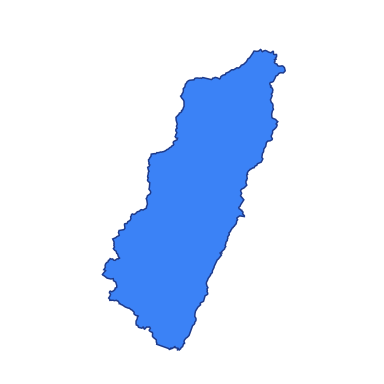 the district of Mueang Pan, Lampang, Thailand, rotated 16°
{"feature_id": "78962969B66536016204177", "entity_name": "Mueang Pan", "entity_type": "district", "adm_level": 2, "iso_a3": "THA", "parent_name": "Thailand", "parent_adm1": "Lampang", "projection": "albers", "projection_center": [99.445, 18.803], "detail": "fine", "context": "isolated", "style": "filled", "palette": "blue", "viewbox_px": 384, "rotation_deg": 16, "n_neighbors": 0, "source": "geoboundaries", "source_scale": "gbopen_adm2", "svg_char_len": 6058}
<svg xmlns="http://www.w3.org/2000/svg" viewBox="0 0 384 384"><g transform="rotate(16 192 192)"><path d="M253.7,109.3L254.9,107.1L255.3,105.9L255.4,104.1L254.1,103.4L255.1,100.7L253.6,100.1L252.4,99.2L248.9,98.8L248.1,98.0L247.1,95.1L246.9,92.0L247.5,90.0L246.4,88.5L246.1,86.7L245.5,85.4L244.8,84.6L243.7,84.2L242.0,81.8L242.5,77.3L241.3,76.0L242.0,74.0L241.6,72.7L241.7,71.7L240.5,70.0L238.7,69.6L238.5,69.3L239.0,68.3L237.4,67.4L236.8,66.1L237.2,65.1L238.7,64.3L239.7,63.3L240.5,59.3L240.6,57.5L242.1,56.1L242.7,54.2L244.3,52.9L246.9,52.4L248.1,50.2L248.1,49.6L246.6,47.0L244.9,46.0L243.8,45.9L241.6,46.9L240.2,47.1L239.4,46.8L238.5,45.7L236.4,45.4L235.5,44.8L235.4,44.0L235.8,43.2L234.8,42.0L236.2,41.1L235.3,40.1L236.0,38.7L235.6,37.0L235.3,36.5L233.1,37.2L232.6,37.1L232.2,36.7L231.6,34.7L231.2,34.4L230.8,34.6L229.5,36.4L227.0,36.4L225.3,35.9L223.5,35.7L222.3,36.4L221.1,37.7L220.5,37.6L219.4,36.4L218.6,36.1L217.2,38.2L215.4,39.0L213.2,39.3L212.6,39.6L212.4,41.1L210.4,47.2L209.1,48.5L208.4,51.7L206.4,55.1L204.4,56.6L204.0,58.1L202.7,60.0L200.9,60.2L198.4,63.0L196.4,63.6L194.2,66.6L191.8,68.4L191.7,69.9L189.5,71.2L188.3,72.6L187.9,73.4L187.8,75.2L187.4,75.7L184.7,75.3L182.7,75.4L181.5,76.5L180.6,76.8L180.2,78.1L179.6,78.6L170.8,79.0L169.7,80.2L168.9,80.1L167.8,80.6L165.4,81.0L164.0,81.6L163.4,82.1L163.0,83.6L159.0,85.2L157.9,86.0L156.8,87.6L156.5,89.4L155.9,90.1L156.2,93.0L155.1,95.2L155.7,96.6L156.0,98.6L155.4,100.5L155.4,101.7L154.6,103.0L156.5,104.7L158.1,105.7L159.3,107.0L160.8,112.0L160.5,112.9L160.4,115.5L159.5,116.6L159.9,117.5L159.3,118.6L158.1,119.7L158.0,120.9L156.0,124.6L157.0,127.4L159.2,130.9L158.9,133.0L160.1,134.8L159.3,135.9L159.3,136.7L159.7,137.8L161.0,138.9L161.1,139.3L160.9,140.6L160.6,141.2L160.8,142.0L160.5,143.4L161.6,144.3L162.4,144.5L163.3,144.3L163.3,145.8L160.4,148.6L160.3,149.7L161.3,151.3L161.1,152.2L160.1,153.0L159.7,154.2L158.3,155.6L157.4,157.3L156.4,157.9L155.6,159.1L154.0,160.7L151.5,162.1L150.5,162.3L150.0,162.8L148.3,163.7L147.4,163.8L146.6,165.2L145.2,165.5L142.4,166.8L142.7,169.1L141.9,171.1L141.9,172.1L141.3,173.0L142.0,174.9L142.8,175.8L142.7,176.9L144.0,177.6L143.7,179.4L142.6,180.5L144.0,182.9L145.0,184.0L144.6,185.0L145.0,187.1L145.0,189.1L145.4,190.1L146.1,190.4L145.9,192.8L146.9,193.9L148.8,194.7L149.8,199.5L149.8,201.1L151.8,202.6L152.4,203.7L152.4,205.1L150.2,207.9L150.2,209.9L149.8,211.0L150.8,212.2L152.5,216.0L152.3,218.9L152.6,220.0L149.9,222.8L148.3,222.9L147.4,223.5L146.9,224.8L144.8,226.1L144.3,227.3L142.9,229.3L141.8,229.6L140.8,229.5L140.1,230.3L140.2,231.8L139.8,232.7L140.6,234.3L140.3,236.4L138.5,238.2L138.2,240.2L136.3,240.9L136.0,241.3L136.1,242.1L137.5,245.2L137.3,246.1L136.8,247.0L132.5,249.1L132.5,251.3L134.0,253.5L134.0,253.9L131.9,255.8L131.4,256.8L128.7,259.0L131.0,261.7L131.1,263.0L131.6,263.5L131.5,264.7L132.7,266.3L132.0,268.1L133.7,269.3L135.3,269.8L136.6,271.8L137.5,272.0L139.1,274.5L140.4,275.2L140.6,275.7L139.8,276.1L139.5,276.7L138.5,276.8L137.6,277.9L137.0,278.9L135.4,279.1L134.2,278.2L133.3,278.7L131.7,278.6L131.4,280.0L130.5,280.8L130.6,282.2L129.4,283.4L128.7,285.2L128.8,286.9L129.5,288.3L128.6,291.0L129.6,291.0L130.7,291.5L129.8,293.1L128.6,296.0L129.3,296.5L130.8,296.8L134.1,298.2L138.0,298.0L140.2,297.0L141.0,298.9L143.5,299.6L145.5,302.7L145.9,304.5L144.6,305.6L144.8,307.0L143.8,308.6L142.4,310.0L140.7,309.8L140.3,310.5L140.4,311.7L141.2,312.0L142.0,313.1L141.8,314.8L141.1,316.9L142.6,317.9L142.9,318.8L146.0,317.8L147.2,317.9L149.3,316.9L150.1,317.3L150.7,317.1L152.3,318.3L152.9,319.5L153.7,319.1L155.0,319.8L155.9,319.7L159.5,320.9L162.6,321.2L163.9,321.0L165.7,321.9L166.3,321.8L169.2,323.3L169.7,323.9L169.7,324.8L170.3,325.5L172.7,326.2L173.9,325.9L174.5,326.1L174.1,327.6L174.3,329.4L173.8,331.4L174.5,334.0L175.1,335.2L176.7,335.3L177.8,336.7L178.8,336.9L179.2,336.7L181.0,336.8L181.8,336.3L182.1,335.4L182.6,335.3L183.6,336.7L184.3,336.9L185.6,334.3L187.3,333.9L188.1,333.5L188.8,333.7L189.6,334.7L189.0,336.0L189.1,337.0L190.1,337.5L192.6,338.0L193.1,338.7L193.7,341.5L194.8,342.4L198.4,343.9L199.1,346.1L199.8,346.9L200.0,348.1L212.8,348.9L213.6,349.6L214.3,349.1L214.7,348.1L215.1,348.4L215.4,347.8L216.0,347.9L216.6,347.1L217.8,346.4L217.7,345.6L218.2,345.3L219.0,346.2L221.8,346.1L221.9,346.4L221.3,347.0L221.6,347.8L222.5,347.3L222.7,346.9L223.4,347.2L223.6,346.5L224.2,346.1L224.5,344.5L225.6,343.2L225.7,340.1L226.6,339.7L226.4,339.0L225.6,338.2L225.5,336.6L226.4,334.3L227.5,333.0L228.7,330.8L229.4,320.4L230.6,318.4L230.8,317.7L230.5,316.6L231.2,314.7L230.9,312.9L230.0,311.7L229.0,311.0L228.4,308.2L228.2,305.6L229.4,301.1L231.3,298.1L230.6,297.1L230.7,296.3L233.2,293.9L233.2,288.2L235.1,286.2L235.2,285.7L235.0,284.9L233.8,283.4L233.9,282.4L233.1,281.0L233.6,280.0L233.6,279.4L232.6,278.7L231.5,277.0L231.0,276.0L230.8,274.5L231.2,272.9L231.4,270.4L232.7,267.0L232.5,265.8L233.2,265.2L233.7,263.7L233.3,262.1L234.0,258.5L233.8,257.5L235.0,250.2L235.8,249.2L237.7,244.5L236.1,243.3L235.9,242.9L237.5,242.4L236.8,241.4L239.0,237.7L238.9,236.5L239.5,235.2L238.6,234.1L238.7,232.1L238.4,231.1L239.3,228.8L239.0,228.1L239.2,226.8L238.6,225.3L239.6,222.8L238.8,220.9L239.7,219.7L239.9,218.7L239.7,218.3L240.2,217.4L240.7,215.3L241.2,215.0L241.6,213.7L242.1,213.2L242.4,212.0L243.0,211.1L243.2,209.6L242.9,207.5L243.5,206.1L242.5,205.2L242.4,204.4L244.4,201.8L249.1,201.2L248.9,200.4L246.6,198.9L246.7,197.8L246.4,197.1L245.4,196.8L245.0,195.9L244.2,196.0L243.5,195.4L241.9,195.1L241.2,193.9L242.2,192.3L242.2,191.1L244.0,185.2L239.7,182.3L240.1,179.5L238.7,178.0L238.3,177.0L239.0,175.5L241.0,173.6L242.8,170.3L241.5,168.7L240.8,166.6L241.3,165.8L241.0,165.0L241.5,164.1L239.9,160.6L240.6,159.7L240.0,159.1L239.9,158.3L240.5,156.0L241.3,155.2L241.5,154.3L242.6,153.5L243.7,152.1L244.9,151.7L245.6,149.4L246.9,148.6L247.1,146.8L250.3,144.2L251.0,140.6L249.6,139.5L249.1,135.5L249.7,133.7L249.2,130.9L250.3,127.8L249.9,124.0L250.8,122.2L253.1,121.2L254.6,119.6L254.6,118.7L253.1,117.2L252.7,116.4L253.2,113.0L252.6,111.0L253.3,109.6L253.7,109.3Z" fill="#3b82f6" stroke="#1e3a8a" stroke-width="1.5"/></g></svg>